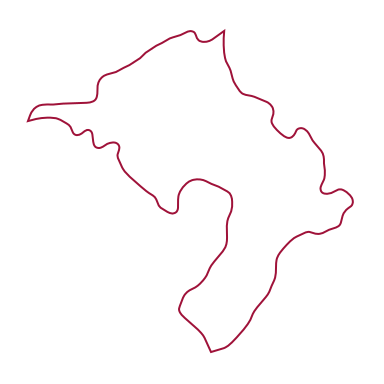 Castañuela, Monte Cristi, Dominican Republic, rotated 177°
{"feature_id": "3306468B38935954737927", "entity_name": "Castañuela", "entity_type": "district", "adm_level": 2, "iso_a3": "DOM", "parent_name": "Dominican Republic", "parent_adm1": "Monte Cristi", "projection": "albers", "projection_center": [-71.49, 19.73], "detail": "fine", "context": "isolated", "style": "outline", "palette": "rose", "viewbox_px": 384, "rotation_deg": 177, "n_neighbors": 0, "source": "geoboundaries", "source_scale": "gbopen_adm2", "svg_char_len": 3729}
<svg xmlns="http://www.w3.org/2000/svg" viewBox="0 0 384 384"><g transform="rotate(177 192 192)"><path d="M181.4,31.2L168.3,34.4L166.8,35.0L163.9,36.6L159.9,39.8L154.9,44.5L147.6,52.0L143.2,57.2L140.4,61.3L137.7,67.0L136.0,69.7L132.9,73.5L123.8,83.2L121.7,85.7L120.0,88.4L117.4,94.1L114.6,99.4L113.5,102.1L112.5,106.8L111.7,116.6L111.1,119.8L110.6,121.4L109.1,124.3L107.2,126.9L103.8,130.7L100.3,134.2L96.6,137.6L92.6,140.6L89.8,142.0L80.6,145.7L78.1,146.1L76.8,146.0L70.9,143.9L68.0,143.5L66.5,143.6L63.6,144.2L57.1,147.1L50.1,149.0L47.5,150.2L46.4,151.1L45.6,152.2L45.0,153.4L42.9,160.2L41.7,162.8L39.0,166.0L36.9,167.6L33.8,169.6L32.9,170.6L32.3,171.9L31.9,173.3L31.9,174.7L32.1,176.2L32.6,177.7L34.3,180.4L37.6,183.8L40.2,185.6L41.5,186.3L42.9,186.8L44.4,186.9L45.7,186.8L53.0,183.7L57.2,183.1L59.9,183.5L61.1,184.0L62.3,184.9L63.1,186.2L63.4,187.5L63.5,188.9L63.2,190.3L62.2,192.6L59.6,197.4L59.1,198.8L58.5,201.9L58.2,206.7L58.7,213.7L58.5,217.6L58.7,220.6L59.4,223.6L60.9,226.5L67.0,234.5L68.9,237.2L72.2,244.2L73.8,246.6L75.9,248.5L77.0,249.3L78.3,249.8L79.7,250.1L81.1,250.0L82.4,249.7L83.5,249.1L84.4,248.2L86.0,245.2L87.4,243.3L89.3,241.7L90.4,241.2L91.7,240.9L93.2,241.0L94.5,241.4L97.1,242.9L100.6,245.9L104.0,249.5L106.9,253.2L108.3,255.9L108.8,257.2L108.9,258.6L108.8,259.9L106.7,265.6L106.4,268.5L106.9,271.5L107.5,272.9L109.2,275.3L111.3,277.2L112.6,278.0L124.7,283.8L127.5,284.8L133.3,286.2L135.9,287.3L137.1,288.1L139.0,290.2L142.6,296.2L144.6,300.2L145.5,303.3L147.1,311.1L148.1,314.0L151.2,320.7L152.0,324.2L152.6,329.5L152.7,336.8L152.3,344.0L151.4,351.2L163.9,343.2L166.6,342.0L169.6,341.3L172.6,341.3L174.0,341.5L176.6,342.5L177.6,343.4L179.0,345.4L180.0,348.6L180.9,350.7L181.7,351.6L182.8,352.2L184.0,352.6L185.3,352.8L187.9,352.4L195.4,349.3L203.1,347.4L206.2,346.5L214.2,342.4L219.9,340.0L222.5,338.5L231.0,333.5L236.8,328.4L247.9,322.0L253.7,319.6L261.7,315.8L270.8,313.8L273.7,312.7L275.0,311.9L276.2,311.0L278.2,308.9L279.7,306.3L280.7,303.1L281.4,295.0L282.1,292.0L282.7,290.6L283.6,289.3L284.8,288.3L286.2,287.6L289.2,286.8L292.5,286.6L316.2,287.0L326.3,286.6L332.1,287.0L336.9,286.9L340.0,286.4L342.9,285.1L345.4,283.3L348.3,279.8L349.8,276.8L352.1,271.4L343.8,273.1L338.4,273.7L332.9,273.8L329.3,273.6L324.0,272.8L322.4,272.2L319.6,270.9L313.6,267.0L311.5,265.4L309.9,263.3L307.8,257.6L307.2,256.6L306.3,255.7L305.2,255.1L304.0,254.8L301.5,255.1L299.1,256.2L296.0,258.4L293.7,259.4L292.4,259.4L291.3,259.1L290.2,258.4L289.4,257.5L288.8,256.2L288.5,254.8L288.0,247.3L287.5,244.5L286.9,243.2L286.0,242.0L284.8,241.3L283.5,240.9L282.2,240.8L280.9,241.0L278.6,241.9L274.1,244.5L271.3,245.3L268.5,245.6L267.1,245.5L265.8,245.2L264.6,244.6L263.5,243.7L262.7,242.5L262.3,241.3L262.2,240.0L262.7,237.7L264.3,233.5L264.5,232.3L264.2,229.8L260.6,220.5L259.9,219.0L258.1,216.0L253.4,210.5L242.9,200.2L237.6,195.3L235.0,193.2L231.3,190.6L229.4,188.8L228.1,186.5L225.9,180.2L224.2,178.0L217.6,173.4L215.3,172.2L212.7,171.5L211.3,171.7L209.9,172.1L208.6,172.9L207.7,174.1L207.1,175.5L206.8,176.9L206.3,185.0L205.8,188.4L205.3,190.1L203.9,193.1L200.9,197.2L197.2,200.7L194.4,202.6L191.3,203.8L189.8,204.1L186.5,204.4L183.2,204.1L180.1,203.3L177.3,202.0L172.2,199.1L165.1,195.9L156.7,190.7L154.5,188.8L153.2,186.2L152.5,183.2L152.4,180.1L152.7,175.3L153.9,170.6L157.2,164.0L158.2,161.1L159.0,156.3L159.4,144.6L159.7,141.3L160.4,138.1L161.6,135.1L164.4,131.1L173.4,121.4L176.6,117.6L178.3,114.9L181.7,108.0L183.5,105.5L185.5,103.2L188.8,100.0L191.2,98.1L193.8,96.5L199.5,94.0L202.0,92.4L204.1,90.4L205.1,89.2L206.5,86.9L210.1,78.8L211.0,76.3L211.1,75.0L210.8,73.6L210.3,72.3L208.8,69.9L205.8,66.6L193.3,54.3L190.2,50.7L188.4,48.2L187.1,45.7L181.4,31.2Z" fill="none" stroke="#9f1239" stroke-width="2"/></g></svg>